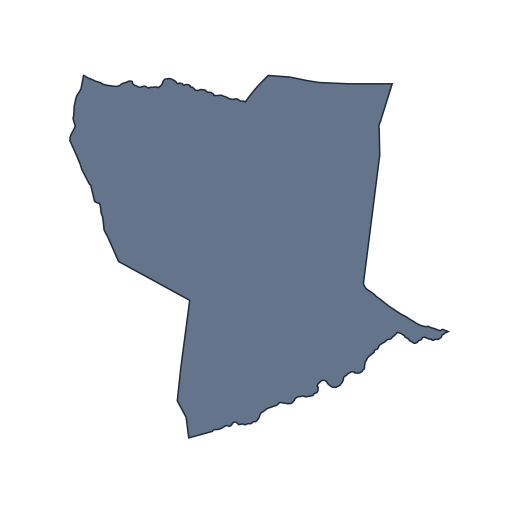 the district of Mapai, Gaza, Mozambique, rotated 278°
{"feature_id": "85939544B45935423796795", "entity_name": "Mapai", "entity_type": "district", "adm_level": 2, "iso_a3": "MOZ", "parent_name": "Mozambique", "parent_adm1": "Gaza", "projection": "robinson", "projection_center": [32.421, -22.625], "detail": "fine", "context": "isolated", "style": "filled", "palette": "slate", "viewbox_px": 512, "rotation_deg": 278, "n_neighbors": 0, "source": "geoboundaries", "source_scale": "gbopen_adm2", "svg_char_len": 6039}
<svg xmlns="http://www.w3.org/2000/svg" viewBox="0 0 512 512"><g transform="rotate(278 256 256)"><path d="M207.9,456.9L208.5,454.9L208.9,452.6L209.2,451.7L209.3,451.0L209.1,450.5L208.4,449.9L207.9,449.2L207.8,447.8L208.0,446.5L208.7,444.0L209.1,441.9L209.5,438.8L210.0,437.0L210.3,436.3L210.1,435.3L209.9,435.1L209.7,434.2L209.7,432.2L209.9,430.3L210.8,426.6L211.5,424.7L215.4,415.9L216.5,413.7L218.9,407.0L221.3,401.9L222.4,399.8L223.9,396.5L225.6,393.2L228.0,389.1L228.8,387.7L230.1,385.7L231.5,382.9L233.1,380.1L234.1,378.9L235.5,376.7L238.1,371.2L239.2,369.3L242.2,367.0L243.5,366.3L243.8,366.2L290.8,365.6L370.8,364.5L371.6,364.6L372.3,364.6L398.5,360.4L399.2,360.2L401.2,359.7L402.6,359.6L404.4,359.9L407.2,360.7L408.5,360.8L445.5,366.9L443.0,349.6L439.5,324.4L436.6,294.6L436.8,282.5L437.9,264.6L436.5,242.9L424.0,233.8L418.1,230.1L412.0,226.5L407.1,224.0L407.7,222.1L407.3,220.4L407.3,219.3L407.7,218.2L408.4,216.7L408.8,215.7L408.9,214.7L408.7,213.5L408.1,212.1L407.8,210.8L407.9,209.6L408.0,208.0L408.7,205.7L409.1,204.9L409.5,203.5L409.8,200.9L410.2,200.4L410.4,200.0L410.3,198.5L409.5,195.4L409.1,192.1L409.3,191.7L410.2,191.5L410.8,190.7L411.0,190.0L411.5,189.0L411.7,188.6L411.6,185.6L411.7,184.7L412.0,183.9L412.9,183.1L413.3,182.4L413.2,181.1L413.1,180.4L413.3,178.6L413.2,178.2L412.6,177.0L411.9,175.8L411.7,174.1L411.7,172.9L412.3,172.4L413.9,170.2L414.4,169.1L414.3,168.1L414.4,167.5L414.6,167.3L415.5,167.0L415.9,166.4L416.2,165.0L416.2,163.3L415.9,162.2L415.3,161.3L415.1,161.2L415.0,160.7L415.3,160.1L415.8,159.5L416.0,159.5L416.3,159.1L416.5,158.3L416.6,157.1L416.4,155.6L416.1,154.9L415.7,154.7L416.2,153.6L416.5,153.2L417.0,152.9L418.0,151.6L419.2,148.6L419.5,147.6L419.7,146.4L419.7,145.6L419.5,144.5L419.0,143.3L418.7,141.9L418.2,141.0L416.8,140.0L415.1,139.5L413.8,139.3L412.4,138.7L411.1,137.8L410.3,136.9L409.2,136.0L409.1,135.7L409.4,134.4L409.4,132.8L409.1,131.4L408.5,129.7L408.6,129.2L408.6,128.6L407.9,127.0L407.7,126.9L407.4,126.1L407.6,124.8L407.8,124.4L408.4,123.6L408.6,122.8L408.6,122.4L408.6,121.7L408.2,120.3L407.5,119.2L406.9,117.8L406.8,117.2L406.9,116.6L407.7,114.3L408.2,112.1L408.7,110.7L409.2,110.1L410.8,109.5L411.6,109.1L411.8,108.3L411.8,107.3L411.3,105.4L411.0,105.0L410.8,104.7L410.7,104.5L409.6,102.7L408.6,100.3L408.1,99.6L407.5,98.7L406.0,97.4L405.2,96.3L404.5,94.0L404.4,93.1L404.3,85.0L404.6,82.6L404.7,81.4L404.9,80.2L405.2,79.3L406.0,78.2L406.2,76.6L406.4,74.9L406.8,72.7L407.8,69.8L408.1,68.2L408.6,67.2L408.6,66.5L408.5,65.6L408.6,65.2L409.2,64.6L409.7,62.9L410.3,61.9L410.8,60.5L410.8,60.1L397.0,59.4L389.5,56.1L385.7,55.6L379.0,55.1L370.1,55.9L366.9,55.7L366.3,55.8L359.5,59.0L354.1,57.3L351.7,56.3L348.9,55.6L347.2,55.4L345.8,55.6L344.6,55.5L329.8,64.8L322.8,68.9L317.6,71.4L304.0,81.0L303.3,82.4L288.2,88.3L288.3,88.6L287.6,88.9L287.3,89.2L286.8,90.2L286.5,91.5L286.4,93.1L286.3,93.5L284.9,94.4L283.9,94.8L282.4,95.3L280.2,95.9L278.5,96.2L276.2,97.0L274.3,98.1L274.0,98.5L268.4,100.0L260.3,102.1L254.2,106.6L231.4,120.7L202.9,196.5L134.8,197.1L101.7,198.2L86.5,209.3L66.5,214.7L76.3,237.2L77.5,237.7L77.7,238.0L78.3,239.2L79.1,243.1L79.4,243.8L80.2,245.1L82.1,247.8L83.6,249.4L83.8,249.9L84.1,251.2L83.6,252.7L83.5,253.1L83.7,253.5L84.4,254.6L85.0,255.1L85.8,255.6L86.6,255.9L87.9,256.6L88.4,257.2L88.7,258.2L88.6,259.3L88.1,260.3L86.6,262.4L87.3,264.3L87.6,265.2L87.8,266.5L87.8,266.9L87.2,268.5L87.5,269.1L88.1,270.0L89.0,271.7L89.0,272.3L89.0,273.5L89.4,274.5L90.1,275.3L91.1,276.0L91.4,276.3L91.8,277.0L91.8,278.3L91.9,278.8L92.7,279.4L94.5,280.7L96.1,281.4L96.9,281.6L100.0,282.2L101.3,282.9L101.7,283.2L103.1,285.1L104.9,286.7L106.1,288.0L107.0,289.2L108.1,291.6L110.0,295.1L110.4,296.2L111.0,297.2L111.8,298.1L113.3,299.1L114.1,299.8L114.3,300.2L114.4,300.9L114.2,302.8L114.4,303.6L114.3,304.9L114.1,307.5L114.4,309.5L114.7,310.7L115.2,311.4L115.3,311.7L116.4,312.8L118.4,314.1L120.1,314.6L120.8,315.1L121.2,315.5L122.5,317.3L122.7,317.7L122.8,319.3L123.0,319.7L123.5,320.5L123.8,321.6L123.9,322.8L123.5,324.2L123.5,325.4L123.7,326.1L124.3,327.3L125.4,330.8L125.7,331.6L126.5,332.3L127.5,332.6L127.9,332.8L128.6,334.3L129.2,335.3L129.6,335.5L130.6,335.9L131.4,336.0L133.5,336.0L134.6,335.8L134.9,335.8L135.0,335.3L135.5,334.8L136.7,334.6L138.1,335.2L139.0,336.2L140.8,337.3L140.9,337.5L141.2,337.6L141.9,338.7L142.3,339.7L142.3,340.9L141.8,342.7L141.2,343.6L140.0,344.4L139.1,345.4L138.6,346.2L138.5,346.6L137.6,347.9L137.0,349.2L136.8,349.9L136.7,351.0L136.9,351.2L136.9,352.0L137.0,353.0L137.2,353.8L137.4,353.8L137.9,354.3L139.1,356.3L139.2,356.7L140.4,357.5L141.2,357.9L142.4,358.7L143.2,359.0L144.6,359.5L146.4,359.7L148.3,359.9L148.9,360.1L149.2,360.4L149.9,361.7L151.5,362.9L152.6,363.9L153.3,364.9L154.7,366.8L154.8,367.6L154.7,369.6L154.0,369.9L154.0,371.4L154.3,373.8L154.6,374.7L154.9,375.3L155.8,376.4L156.5,377.1L157.9,377.8L159.0,378.7L159.7,379.0L160.4,379.1L161.3,378.8L163.9,378.9L164.7,378.7L165.5,378.7L168.4,379.9L170.4,380.5L171.2,381.0L172.1,381.7L172.5,381.9L173.7,383.1L173.8,383.3L175.2,384.4L176.7,386.1L177.3,386.4L178.8,386.4L179.1,386.5L179.8,387.2L180.2,388.2L180.6,388.8L181.3,389.5L182.4,390.0L183.6,390.1L184.7,390.5L186.7,392.7L187.6,393.9L187.8,394.0L188.7,395.5L189.0,395.8L190.3,396.6L191.1,397.4L191.6,398.1L191.9,398.9L192.7,401.1L194.4,402.2L195.4,403.0L196.5,404.1L198.0,405.3L198.9,405.8L199.3,405.8L199.5,406.0L199.9,406.9L199.9,408.0L199.5,410.2L199.2,411.1L198.7,411.9L197.7,414.2L197.1,414.4L196.2,415.2L195.9,416.5L195.4,417.8L194.7,418.7L194.1,419.3L193.2,420.6L192.7,422.2L191.7,424.2L191.6,425.4L192.3,426.9L192.7,427.4L193.8,428.3L194.2,428.5L194.8,429.0L195.2,429.6L196.3,431.5L196.9,431.7L197.9,431.8L198.0,431.9L198.6,432.7L199.1,433.9L199.0,434.7L198.5,436.4L197.8,439.0L198.0,441.2L197.7,441.7L197.3,441.9L197.1,442.3L197.1,442.8L197.1,443.1L197.5,443.8L198.3,444.7L198.4,445.1L198.6,446.9L198.9,447.4L199.1,448.4L200.1,449.6L201.6,450.9L203.0,451.1L203.7,451.4L204.1,451.9L204.6,452.7L205.2,453.3L205.9,453.7L206.5,454.4L206.9,455.3L207.9,456.9Z" fill="#64748b" stroke="#1e293b" stroke-width="1.5"/></g></svg>